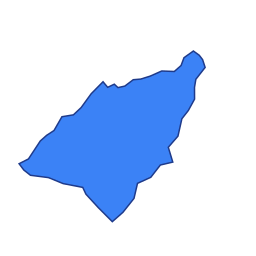 the district of Kalo Chorio Soleas, Cyprus, rotated 43°
{"feature_id": "46923920B82951092544014", "entity_name": "Kalo Chorio Soleas", "entity_type": "district", "adm_level": 2, "iso_a3": "CYP", "parent_name": "Cyprus", "parent_adm1": "", "projection": "mercator", "projection_center": [32.871, 35.119], "detail": "fine", "context": "isolated", "style": "filled", "palette": "blue", "viewbox_px": 256, "rotation_deg": 43, "n_neighbors": 0, "source": "geoboundaries", "source_scale": "gbopen_adm2", "svg_char_len": 698}
<svg xmlns="http://www.w3.org/2000/svg" viewBox="0 0 256 256"><g transform="rotate(43 128 128)"><path d="M78.2,111.2L77.7,128.0L79.8,145.0L79.1,155.6L72.0,164.8L75.6,180.3L73.5,188.8L72.7,197.3L76.3,218.5L72.7,228.4L80.5,229.8L88.9,229.1L103.7,218.5L118.5,212.9L135.4,202.3L142.4,205.1L160.7,206.5L180.4,207.2L181.8,193.1L180.4,175.4L172.7,162.0L178.3,148.5L176.9,133.0L184.0,122.4L170.6,114.6L170.1,99.9L161.1,84.5L160.2,74.1L157.0,61.5L148.9,52.9L144.4,46.1L143.1,31.1L135.9,27.1L130.5,26.2L123.3,27.1L121.0,38.4L124.2,46.1L123.3,55.1L113.8,63.3L108.8,75.0L103.9,83.6L98.9,89.1L97.1,99.5L93.1,105.3L88.1,105.3L85.4,112.1L78.2,111.2Z" fill="#3b82f6" stroke="#1e3a8a" stroke-width="1.5"/></g></svg>